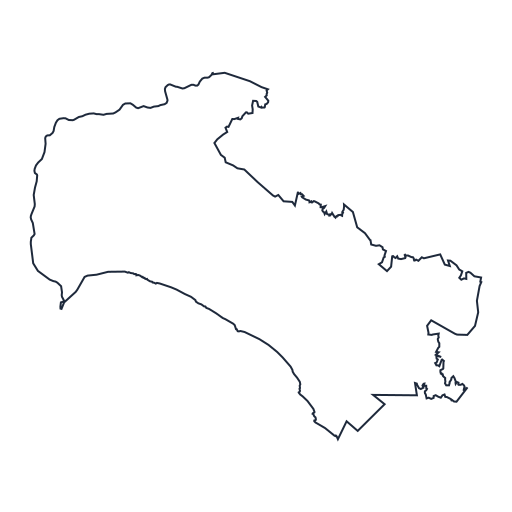 La Unión de Isidoro Montes de Oca, Guerrero, Mexico
{"feature_id": "50627088B26941201425875", "entity_name": "La Unión de Isidoro Montes de Oca", "entity_type": "district", "adm_level": 2, "iso_a3": "MEX", "parent_name": "Mexico", "parent_adm1": "Guerrero", "projection": "natural_earth1", "projection_center": [-101.827, 18.009], "detail": "fine", "context": "isolated", "style": "outline", "palette": "slate", "viewbox_px": 512, "rotation_deg": 0, "n_neighbors": 0, "source": "geoboundaries", "source_scale": "gbopen_adm2", "svg_char_len": 6022}
<svg xmlns="http://www.w3.org/2000/svg" viewBox="0 0 512 512"><path d="M212.4,73.1L211.6,74.8L209.1,77.2L207.5,77.7L204.5,77.7L202.3,78.6L199.8,81.6L198.4,84.6L197.2,85.6L195.4,85.6L193.5,84.8L191.4,84.8L184.4,88.2L182.5,88.5L177.2,86.8L175.8,86.7L170.1,84.4L168.9,84.5L167.7,85.1L165.5,87.2L164.9,89.0L165.1,91.3L167.4,99.5L167.5,100.6L166.6,102.9L164.6,104.2L160.4,105.1L158.3,106.1L153.9,106.6L150.5,107.9L147.5,107.5L143.6,106.1L138.1,108.2L136.2,107.6L132.9,104.8L130.4,103.3L125.3,103.5L123.0,104.8L119.5,109.7L115.5,112.4L113.2,113.5L106.6,113.9L103.5,114.8L98.8,114.1L96.4,114.1L93.7,113.4L89.3,113.7L85.5,114.7L82.4,116.2L78.8,117.0L74.0,119.8L72.7,120.2L68.8,120.0L65.5,118.3L63.4,118.2L59.4,118.8L57.5,120.2L55.9,122.7L54.3,127.0L53.6,131.0L52.6,132.9L49.8,135.3L47.3,135.4L46.0,136.3L45.4,137.3L45.2,138.4L45.6,143.8L44.5,152.1L41.9,159.0L38.2,162.5L36.0,165.4L34.7,168.8L34.4,170.8L34.9,173.0L36.9,174.5L37.2,175.4L36.7,181.3L35.0,187.6L33.7,195.0L34.8,204.1L34.6,206.5L31.6,213.8L30.9,215.8L30.7,217.4L31.1,219.3L32.8,223.0L34.6,234.0L33.8,235.4L31.4,237.7L30.8,241.8L30.8,244.1L33.2,263.3L37.9,270.9L49.7,279.6L53.3,281.1L55.6,281.6L57.4,282.7L61.1,286.2L62.0,292.3L61.7,295.2L62.0,296.8L64.0,300.6L63.4,301.6L60.9,302.4L60.4,306.6L60.5,308.6L61.5,308.9L64.1,302.4L75.7,291.9L77.3,289.7L84.6,276.9L87.6,275.6L96.6,274.7L108.1,271.8L124.8,271.6L127.9,272.7L128.8,272.2L130.6,273.0L133.3,273.4L134.2,274.1L135.8,274.0L136.4,274.4L136.4,275.3L138.4,275.0L140.2,275.7L142.2,277.2L142.7,276.9L143.5,277.9L144.6,277.9L144.9,278.6L146.1,279.1L147.0,278.9L147.4,279.7L150.0,281.3L152.3,281.8L152.6,282.5L154.3,282.8L155.8,283.6L156.9,282.9L159.8,283.5L171.1,287.3L176.6,289.6L184.8,294.0L191.0,296.8L195.4,300.1L195.9,301.6L198.3,303.3L201.4,304.4L204.1,306.4L205.4,306.5L206.3,307.9L209.0,308.9L216.3,313.4L222.7,318.0L225.4,319.2L233.2,323.7L234.7,325.1L236.0,329.1L236.6,329.1L237.7,331.2L238.9,331.4L240.4,331.0L244.6,332.0L259.3,339.1L268.5,344.9L277.2,352.0L282.6,357.4L290.6,366.6L292.4,369.9L292.7,371.7L294.1,374.1L297.1,377.7L299.8,381.8L300.3,384.3L299.7,385.7L300.0,388.1L299.5,388.8L300.0,390.9L299.6,391.8L298.7,392.4L298.8,392.7L300.2,394.5L302.7,396.4L307.5,401.0L313.4,408.9L314.5,412.0L314.4,412.4L312.8,413.3L312.6,413.8L313.3,414.1L314.2,416.2L315.5,417.4L315.9,419.3L315.6,420.1L314.3,420.5L314.3,421.3L315.5,422.5L325.1,428.1L334.5,435.7L335.5,436.1L335.9,435.6L336.7,436.4L337.9,439.2L346.6,421.3L357.7,430.9L384.6,404.2L373.1,394.9L416.9,395.3L415.0,383.0L416.8,383.6L417.0,384.6L419.0,388.2L420.8,389.0L423.4,387.7L422.5,385.5L423.6,383.8L424.4,383.6L424.2,384.8L424.6,385.9L426.2,385.8L426.3,388.3L427.0,388.9L426.2,390.3L425.0,391.2L424.8,392.0L425.0,393.4L425.7,394.3L426.6,398.4L428.7,397.7L431.2,398.9L433.6,397.9L433.7,396.0L435.7,395.2L438.2,396.7L440.8,397.7L442.5,395.3L444.5,394.5L445.3,396.9L446.8,397.0L450.9,399.1L451.5,400.3L452.1,400.0L454.0,401.5L456.5,401.7L467.5,387.4L464.5,390.5L463.7,390.0L464.2,387.8L464.7,387.3L464.1,385.5L462.4,383.9L460.7,384.8L458.6,384.8L458.3,384.5L458.5,382.7L456.9,382.0L455.7,383.8L455.5,382.8L455.8,381.7L454.5,378.1L453.3,376.2L451.5,377.9L451.2,379.7L449.5,382.2L449.7,382.8L449.0,385.3L446.2,385.3L445.0,383.3L445.4,381.4L445.1,379.7L445.2,378.0L443.2,376.3L442.9,375.1L442.7,375.3L442.0,373.8L441.4,374.0L440.8,373.6L440.9,372.8L440.4,372.1L440.4,370.2L442.9,369.0L443.3,368.4L443.5,361.9L443.9,361.0L442.1,359.5L441.7,359.8L439.3,366.2L438.0,365.3L436.4,365.3L435.2,363.1L436.6,362.5L437.8,359.5L436.6,358.6L436.3,355.7L441.2,357.0L435.8,354.8L438.6,352.3L436.1,351.9L438.2,347.9L439.3,346.8L439.3,343.2L438.3,341.7L437.8,339.5L437.9,338.6L438.7,337.5L438.3,335.6L438.7,333.6L432.7,334.5L431.8,334.9L428.3,334.5L428.5,332.7L427.1,325.8L431.2,320.3L455.0,333.8L457.1,334.6L467.3,334.9L475.0,325.9L478.2,312.3L476.9,300.8L479.6,286.0L481.3,282.1L480.3,281.7L481.1,277.5L474.4,276.3L470.4,272.7L468.5,271.9L466.2,272.9L466.3,278.9L464.0,278.4L461.3,279.7L459.3,277.8L460.9,275.4L462.3,271.3L459.2,269.5L456.5,265.3L450.4,260.7L448.0,260.5L449.8,266.0L444.8,264.6L440.2,254.4L423.9,258.3L421.8,257.3L418.4,260.8L416.1,259.6L414.9,260.5L414.2,260.5L413.9,259.8L413.8,258.5L412.9,257.2L411.4,257.1L408.0,255.5L405.9,255.6L405.1,254.7L404.7,255.0L405.5,257.3L405.2,258.1L401.0,259.1L398.2,258.6L397.2,256.3L395.6,258.0L394.4,257.4L393.2,256.1L392.6,256.1L392.2,256.3L391.1,266.7L387.0,271.1L378.8,264.2L382.0,262.3L383.7,257.4L384.8,256.8L384.5,255.4L386.0,251.0L382.9,249.4L382.5,247.2L379.5,245.3L376.0,245.8L371.2,244.5L370.5,240.2L370.0,240.0L365.0,233.2L357.2,227.3L352.9,212.0L344.0,204.5L344.1,206.2L343.7,209.7L342.3,212.0L342.3,212.6L342.9,212.8L342.2,214.3L342.1,215.8L341.4,215.5L340.9,214.8L338.2,215.1L338.0,215.7L337.0,215.9L336.8,216.6L336.0,216.6L335.5,217.6L335.3,217.4L335.5,216.8L334.5,216.8L332.3,213.3L332.2,213.8L331.8,213.4L331.0,214.5L330.3,214.3L330.0,215.5L329.3,215.6L329.2,214.8L327.1,214.1L326.3,211.5L324.7,214.1L324.0,212.2L322.9,211.5L322.3,210.3L322.7,208.9L324.1,207.9L325.2,206.1L321.4,207.3L320.6,207.2L320.8,204.6L319.5,204.4L318.7,203.4L314.6,201.3L313.8,201.1L312.0,202.5L311.3,202.3L311.2,201.4L309.5,202.2L309.4,201.1L309.0,200.4L305.9,199.6L302.2,197.3L301.8,196.7L303.6,195.9L302.0,194.2L300.8,194.3L300.4,193.0L298.6,193.9L298.1,193.5L298.0,192.6L297.8,192.6L294.9,205.5L292.3,201.9L283.6,201.3L278.3,195.0L275.1,196.6L273.0,195.5L257.7,182.2L244.3,169.5L237.4,168.3L233.1,165.4L225.7,162.3L224.7,157.7L220.9,154.9L214.4,143.0L217.3,139.3L223.2,134.5L227.2,132.0L225.5,127.7L227.0,126.6L228.5,126.9L232.3,119.0L234.3,119.1L238.1,117.8L237.9,118.9L240.3,119.4L241.7,118.3L242.4,116.2L246.0,112.3L246.8,112.3L248.2,113.7L252.5,113.0L252.7,109.3L252.1,105.5L253.1,100.8L256.2,101.0L257.2,101.8L258.3,106.5L261.2,107.6L261.5,107.0L262.0,107.6L264.5,107.5L264.8,107.1L265.2,104.4L266.7,103.9L268.1,102.3L268.3,100.7L265.1,96.9L266.7,95.4L266.6,94.0L267.2,92.7L266.6,90.5L267.9,89.3L261.5,87.1L249.9,81.2L224.7,72.8L213.0,74.3L212.8,73.0L212.4,73.1Z" fill="none" stroke="#1e293b" stroke-width="2"/></svg>